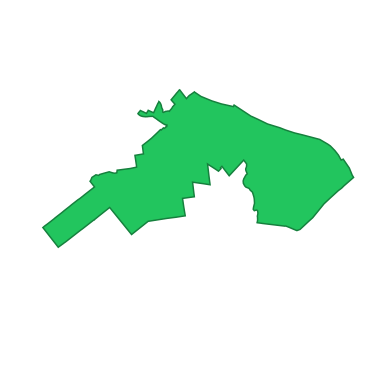 Pietrosani, Teleorman, Romania, rotated 232°
{"feature_id": "2599482B72928006157347", "entity_name": "Pietrosani", "entity_type": "district", "adm_level": 2, "iso_a3": "ROU", "parent_name": "Romania", "parent_adm1": "Teleorman", "projection": "albers", "projection_center": [25.643, 43.732], "detail": "fine", "context": "isolated", "style": "filled", "palette": "green", "viewbox_px": 384, "rotation_deg": 232, "n_neighbors": 0, "source": "geoboundaries", "source_scale": "gbopen_adm2", "svg_char_len": 4884}
<svg xmlns="http://www.w3.org/2000/svg" viewBox="0 0 384 384"><g transform="rotate(232 192 192)"><path d="M103.0,308.1L103.0,308.5L102.9,312.2L103.3,315.4L104.0,328.3L106.6,328.6L114.0,330.7L124.8,331.4L125.3,329.2L127.4,329.5L130.8,330.1L136.5,330.1L142.9,329.4L143.4,329.3L146.0,328.5L154.8,325.0L161.8,319.7L168.9,314.3L175.5,309.1L183.4,303.8L188.5,300.8L197.1,294.8L199.1,293.4L208.7,288.7L214.5,285.7L215.3,285.2L224.5,282.1L234.6,278.7L233.8,277.2L243.3,269.4L251.6,263.7L261.8,257.9L269.2,255.5L269.4,255.5L269.4,255.1L269.5,253.0L269.6,250.9L269.7,250.1L269.7,249.2L269.6,248.2L269.4,247.3L269.0,245.1L272.8,245.1L280.1,245.2L280.2,244.7L280.1,244.3L279.7,242.6L279.4,240.7L279.0,239.1L278.5,236.9L278.0,234.6L277.6,232.8L277.5,232.3L276.5,232.3L273.3,232.5L271.7,232.6L271.2,230.2L271.1,229.3L270.4,227.7L270.1,226.4L269.9,225.2L269.6,223.8L269.9,223.7L270.1,223.5L270.3,223.3L270.5,223.1L270.7,222.7L271.1,221.9L271.3,221.5L271.7,221.0L271.8,220.7L271.9,220.2L272.0,219.7L272.1,219.3L272.2,218.9L272.2,218.6L272.3,218.5L272.4,218.4L272.5,218.3L272.7,218.2L272.9,218.2L273.0,218.3L273.4,218.5L273.9,218.8L274.3,219.2L274.8,219.5L275.2,219.7L275.3,219.7L276.2,219.8L276.5,219.9L277.1,220.1L277.4,220.2L278.0,220.5L278.4,220.7L278.7,220.9L279.2,221.1L279.4,221.2L280.5,221.5L280.8,221.6L281.5,221.7L282.1,221.8L282.4,221.8L282.7,221.8L283.7,221.6L283.4,221.2L283.1,220.6L283.0,220.1L282.6,219.2L281.9,217.9L280.1,214.3L279.3,212.9L278.3,210.9L278.1,210.6L278.5,210.3L280.4,209.3L280.6,209.2L282.5,208.2L283.2,207.9L283.3,207.8L283.2,207.7L283.0,207.2L282.7,206.3L282.0,204.5L282.6,204.2L284.0,203.5L285.5,202.8L285.6,202.7L287.6,201.7L287.8,201.6L288.0,201.5L287.9,201.3L287.8,200.7L287.6,199.7L287.4,198.8L287.1,197.7L286.5,197.6L286.4,197.6L285.5,197.8L284.1,198.2L283.2,198.7L282.9,198.9L282.5,199.2L282.2,199.4L281.6,199.9L281.5,200.0L281.3,200.2L280.8,200.8L280.1,201.4L279.7,202.0L279.0,202.9L278.7,203.4L278.6,203.6L278.5,203.8L278.2,204.3L277.9,204.7L277.7,205.0L277.4,205.5L276.9,206.1L276.6,206.5L276.3,207.0L276.0,207.4L275.8,207.6L275.6,207.7L275.5,207.8L275.4,207.8L274.8,208.0L274.6,208.0L273.6,208.3L273.0,208.5L272.1,208.8L271.4,209.0L271.0,209.1L270.5,209.3L269.8,209.4L268.8,209.7L268.4,209.9L268.2,209.9L267.2,210.2L266.7,210.4L266.4,210.5L266.0,210.6L265.4,210.8L265.0,210.9L264.2,211.2L263.5,211.4L263.0,211.6L262.2,212.0L261.7,212.2L261.4,212.3L261.5,212.5L260.1,213.5L259.4,212.3L259.2,212.4L259.1,212.2L259.4,212.0L259.4,211.4L259.1,209.6L259.2,209.4L259.3,209.2L260.0,209.1L260.1,208.7L259.8,205.9L260.0,205.7L260.5,205.6L260.5,204.7L260.3,203.3L259.8,198.4L259.4,194.2L259.3,193.3L259.2,188.1L259.2,181.5L251.9,177.2L256.0,169.6L247.5,164.8L246.0,163.8L245.7,163.6L248.6,157.7L252.4,151.3L254.2,148.2L255.3,146.5L253.4,144.5L254.5,142.5L256.0,141.2L257.9,139.9L258.9,139.2L261.2,133.7L262.7,129.9L262.5,128.7L264.7,126.9L265.1,122.1L263.4,119.1L263.3,118.3L259.2,118.3L256.0,118.3L256.0,115.6L256.0,107.0L255.9,99.9L256.0,98.4L256.1,97.4L256.1,96.1L256.1,94.4L256.1,91.9L256.1,89.2L256.0,86.9L256.0,84.5L256.0,83.4L256.0,82.0L256.0,79.8L255.9,77.1L255.9,76.1L255.9,74.2L255.9,71.6L255.9,70.2L255.9,67.9L255.8,66.6L255.8,65.6L255.8,64.5L255.8,62.6L255.8,61.5L255.8,59.9L255.8,58.2L255.9,55.9L255.9,54.5L255.8,53.3L255.8,52.6L254.5,52.6L253.2,52.6L252.5,52.6L251.8,52.6L250.6,52.6L249.9,52.6L248.9,52.6L247.4,52.6L245.3,52.6L244.7,52.6L243.3,52.6L242.7,52.6L241.1,52.6L240.0,52.6L238.2,52.6L236.8,52.6L235.9,52.6L234.8,52.6L232.8,52.6L231.4,52.6L230.8,52.6L230.8,53.7L230.8,54.3L230.7,55.4L230.7,56.8L230.6,58.8L230.6,60.1L230.5,61.7L230.5,62.3L230.5,63.5L230.5,65.0L230.5,65.5L230.5,79.1L230.5,79.3L230.5,79.5L230.5,80.8L230.4,82.8L230.4,85.3L230.4,87.3L230.4,89.4L230.4,91.8L230.4,93.6L230.4,96.4L230.4,96.9L230.4,97.2L230.3,97.4L230.3,97.5L230.2,97.6L230.1,97.8L230.1,98.0L230.3,98.4L230.4,104.1L230.5,117.6L195.7,118.2L195.9,139.4L186.6,156.1L182.0,163.8L177.4,172.0L185.1,176.2L192.8,180.6L189.2,186.8L186.8,190.9L190.5,193.1L195.6,196.2L199.4,198.5L196.8,201.0L191.2,206.4L186.6,210.7L189.1,212.2L194.5,215.4L200.9,219.3L204.5,221.5L202.3,222.2L199.3,223.3L194.9,224.8L192.1,225.7L192.6,229.3L193.5,229.3L193.8,231.4L181.9,231.3L185.3,252.4L180.5,252.3L178.6,250.8L177.1,248.5L176.4,248.0L175.5,247.6L172.3,246.7L172.2,244.9L170.5,240.9L169.2,239.1L167.2,237.8L164.4,237.3L162.6,237.5L160.1,239.0L159.2,239.2L157.5,239.0L154.9,239.5L154.0,239.3L149.9,237.7L148.2,236.8L144.6,234.3L142.2,231.2L140.7,229.6L138.9,229.6L138.2,231.5L137.7,232.0L136.8,232.1L134.7,230.9L133.2,229.2L132.9,228.8L132.8,228.7L132.7,228.6L131.8,228.1L129.6,226.5L128.8,225.7L128.3,225.1L128.0,224.8L128.0,224.6L127.7,224.4L125.2,226.9L124.0,228.0L108.0,244.1L107.4,245.0L104.7,246.6L100.5,248.9L97.0,250.9L96.6,252.2L96.0,254.1L97.0,265.5L97.2,268.3L97.4,271.2L99.6,280.9L101.4,288.7L102.2,297.7L103.0,308.1Z" fill="#22c55e" stroke="#15803d" stroke-width="1.5"/></g></svg>